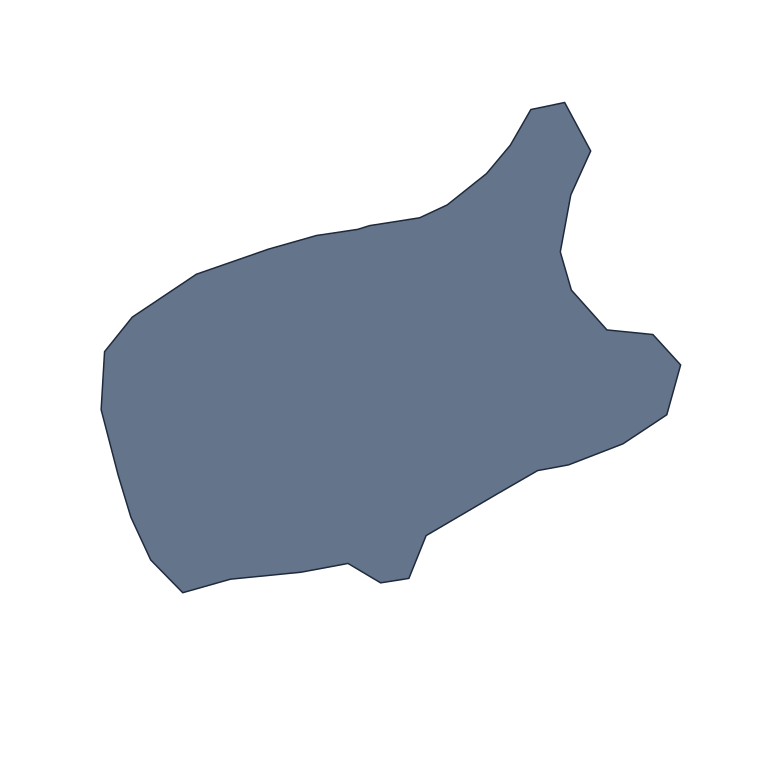 outline of City of Minsk, rotated 335°
{"feature_id": "BLR-4825", "entity_name": "City of Minsk", "entity_type": "Municipality", "adm_level": 1, "iso_a3": "BLR", "parent_name": "Belarus", "parent_adm1": "", "projection": "robinson", "projection_center": [27.633, 53.903], "detail": "fine", "context": "isolated", "style": "filled", "palette": "slate", "viewbox_px": 768, "rotation_deg": 335, "n_neighbors": 0, "source": "natural_earth", "source_scale": "10m", "svg_char_len": 613}
<svg xmlns="http://www.w3.org/2000/svg" viewBox="0 0 768 768"><g transform="rotate(335 384 384)"><path d="M633.1,197.3L666.7,205.2L669.8,260.2L633.2,291.6L599.6,338.8L593.5,378.1L608.9,429.2L648.6,452.8L660.9,492.1L627.3,531.4L575.3,539.2L517.2,535.3L486.6,527.4L440.7,531.4L358.1,539.2L324.4,570.7L296.9,562.8L275.5,531.4L229.6,519.6L162.3,496.0L113.4,488.1L98.2,444.9L98.3,397.8L104.5,354.5L116.8,287.7L144.4,236.6L184.1,217.0L260.5,205.2L336.8,213.0L385.7,220.9L425.4,232.7L438.0,234.4L486.5,248.4L517.0,248.4L565.9,236.6L599.5,220.9L633.1,197.3Z" fill="#64748b" stroke="#1e293b" stroke-width="1.5"/></g></svg>